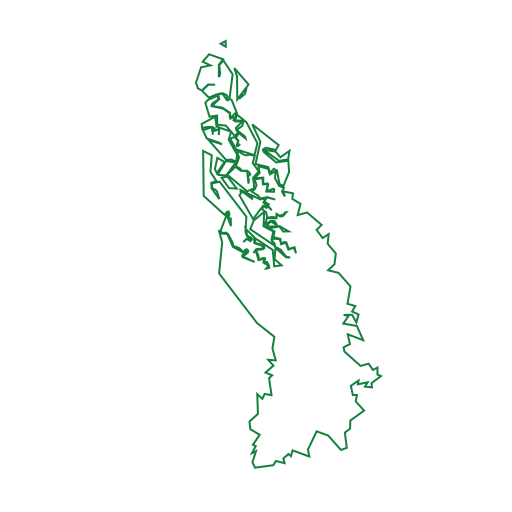 outline of Khulna, Khulna, Bangladesh, rotated 159°
{"feature_id": "16705992B21968895988188", "entity_name": "Khulna", "entity_type": "district", "adm_level": 2, "iso_a3": "BGD", "parent_name": "Bangladesh", "parent_adm1": "Khulna", "projection": "mercator", "projection_center": [89.444, 22.353], "detail": "fine", "context": "isolated", "style": "outline", "palette": "green", "viewbox_px": 512, "rotation_deg": 159, "n_neighbors": 0, "source": "geoboundaries", "source_scale": "gbopen_adm2", "svg_char_len": 6147}
<svg xmlns="http://www.w3.org/2000/svg" viewBox="0 0 512 512"><g transform="rotate(159 256 256)"><path d="M332.8,58.7L314.8,54.5L310.9,57.5L303.6,52.4L303.0,57.2L296.6,59.5L295.1,56.6L291.5,61.4L278.1,49.7L276.9,56.6L262.2,70.6L252.9,62.4L246.2,44.5L240.0,44.4L236.3,59.3L230.1,61.0L226.9,68.6L210.5,72.9L215.0,84.5L211.6,90.0L215.4,91.6L214.0,100.8L204.9,103.0L206.9,99.7L197.1,98.1L201.1,95.0L194.8,91.8L193.7,95.9L182.4,99.1L185.1,101.8L182.6,108.3L187.7,107.7L189.5,115.1L197.8,115.9L207.7,135.1L207.0,139.3L199.9,140.1L198.4,150.0L186.1,139.0L186.9,154.6L198.7,161.6L191.1,166.9L195.3,169.6L187.4,166.7L186.1,158.0L181.2,164.7L186.2,169.7L181.2,173.7L187.7,178.6L178.7,193.7L185.0,210.7L193.8,216.8L185.7,220.2L180.6,229.7L184.7,241.7L180.3,250.4L187.4,248.9L190.1,258.7L183.6,261.5L192.7,278.3L202.4,279.3L195.8,288.7L201.6,296.3L199.0,301.2L207.1,306.4L207.8,301.2L208.6,306.9L205.5,309.7L209.3,313.2L210.4,321.7L207.3,328.2L213.8,327.2L213.4,333.0L221.6,339.0L222.8,332.3L229.7,329.1L221.1,326.6L223.4,320.4L219.3,319.7L218.8,318.7L222.9,312.7L215.5,312.5L215.1,311.7L216.2,309.5L223.3,312.5L219.3,318.8L223.9,320.4L221.9,326.5L230.1,327.9L230.0,322.1L232.9,319.0L236.9,317.6L232.4,311.6L231.3,308.1L224.5,307.0L217.8,301.8L224.8,306.8L228.8,303.7L225.8,300.0L229.0,297.7L227.4,298.6L226.6,298.2L225.0,293.0L227.1,298.2L229.0,297.2L231.1,300.1L232.2,298.6L233.9,297.9L230.8,293.2L231.8,287.7L226.4,286.5L223.7,284.3L221.7,288.0L218.9,284.4L217.4,285.3L216.5,284.1L213.5,286.3L212.0,286.0L216.2,283.7L219.2,284.1L221.6,287.6L223.4,283.8L232.4,287.4L235.9,282.3L229.8,283.4L226.6,282.2L226.0,281.4L225.2,277.2L229.8,282.9L236.2,279.9L223.2,275.3L216.7,267.3L221.8,269.1L223.5,275.1L233.9,277.2L229.9,272.3L233.0,267.3L227.1,263.3L228.2,258.8L224.2,258.8L222.8,257.8L222.9,250.8L216.9,250.4L217.7,244.2L217.6,250.1L223.5,250.4L223.4,257.8L228.3,258.0L227.8,263.1L234.4,266.4L235.4,264.0L234.1,260.5L235.0,257.9L230.7,253.1L228.0,244.2L227.2,244.1L224.6,242.3L228.4,244.0L234.9,256.6L239.8,246.4L235.5,238.1L242.7,239.8L238.2,255.7L250.2,272.5L252.3,268.8L247.3,264.8L245.0,261.7L245.5,260.3L247.2,259.9L253.9,261.5L253.6,255.4L254.8,251.4L250.5,251.7L248.6,250.9L248.6,249.7L251.1,247.5L247.9,246.5L247.3,242.0L250.5,240.8L247.0,240.1L251.5,240.5L247.7,242.1L251.4,247.4L248.8,250.5L255.1,251.2L254.3,260.9L257.3,259.8L253.3,262.3L246.5,260.4L246.3,263.2L252.9,268.6L251.0,274.4L255.9,285.1L256.9,278.0L253.7,274.6L254.0,272.8L255.8,271.9L258.5,275.2L263.0,273.5L258.6,275.5L254.1,273.4L257.2,277.6L257.2,282.4L250.9,296.1L263.4,338.5L271.2,339.5L272.6,334.9L270.0,332.3L269.3,330.1L269.8,322.2L273.2,335.1L271.6,340.3L266.1,340.3L268.4,350.8L261.2,365.9L267.7,373.0L283.3,330.9L270.6,305.8L267.1,307.7L265.5,307.2L266.1,304.0L268.0,303.3L266.2,299.8L268.7,292.9L268.6,303.5L266.4,307.5L280.0,292.2L279.2,289.4L275.6,288.6L274.1,286.3L273.1,276.6L273.7,273.5L269.0,269.7L266.3,264.3L263.2,265.8L261.7,265.1L261.4,263.5L262.6,262.0L268.5,260.3L259.3,250.8L268.8,259.6L268.6,261.6L261.8,264.0L266.6,263.8L274.3,272.8L274.9,286.8L279.9,289.2L281.5,293.4L282.7,280.8L296.7,252.9L279.1,193.1L267.8,174.0L273.8,163.7L275.0,151.5L281.8,154.7L279.0,147.4L288.9,143.8L283.7,138.8L287.6,137.3L291.4,120.5L297.4,124.1L301.3,120.4L304.3,126.6L310.8,107.9L321.4,103.8L323.4,96.3L316.6,87.8L326.5,80.9L324.4,78.6L330.4,73.4L325.9,73.8L333.3,64.7L332.8,58.7ZM224.2,412.7L212.7,434.0L216.4,450.3L222.0,447.3L224.0,439.3L224.7,438.1L226.6,436.4L222.1,447.9L216.2,451.4L227.5,461.1L236.1,456.5L230.1,450.2L239.6,451.9L250.0,439.2L250.1,433.3L247.3,429.9L239.2,433.3L232.8,430.5L239.0,433.0L247.2,429.7L243.2,420.7L235.2,421.0L230.0,420.3L228.5,419.7L225.6,416.4L225.4,415.0L227.4,413.7L226.9,411.9L224.2,412.7ZM208.2,331.0L205.8,328.2L208.3,314.8L205.2,311.6L195.0,322.6L191.7,333.3L203.7,336.2L211.5,350.4L211.5,352.9L208.1,353.6L199.5,347.9L195.1,351.4L212.3,380.2L211.0,361.1L223.5,342.0L212.8,334.7L213.0,328.5L208.2,331.0ZM258.7,381.4L249.5,356.3L244.4,354.9L240.8,351.1L237.3,357.3L239.8,374.4L234.7,380.9L246.4,391.0L244.3,400.7L259.4,398.7L260.6,394.2L258.0,394.6L251.2,392.5L248.8,390.1L249.9,387.9L246.0,388.0L244.8,387.5L247.4,382.2L245.2,387.5L250.3,387.7L251.1,391.5L252.7,384.7L251.3,392.1L260.4,392.4L259.9,383.5L250.2,375.4L247.7,372.4L258.7,381.4ZM241.1,319.6L233.3,319.9L230.7,330.0L223.1,334.0L225.7,344.0L221.3,349.9L225.5,352.9L229.2,353.5L230.8,354.7L236.4,361.9L236.5,354.0L242.7,347.0L239.6,343.5L238.8,340.9L233.5,338.6L232.1,335.5L232.2,334.1L235.3,333.0L235.3,329.6L237.1,326.3L233.8,338.4L239.5,340.9L243.3,346.7L253.7,342.2L241.1,319.6ZM236.4,362.7L221.2,350.7L214.3,360.8L217.0,384.3L223.8,396.0L224.9,392.3L227.6,390.6L220.8,387.4L220.0,385.5L222.1,382.4L228.9,380.7L223.4,371.4L223.6,369.3L227.9,376.9L232.7,373.3L231.0,370.2L234.0,365.8L230.7,366.1L233.4,365.1L234.3,366.2L231.4,370.1L232.9,373.1L231.7,374.9L238.0,374.8L236.4,362.7ZM232.8,375.7L228.5,377.5L229.2,380.9L228.8,382.8L220.5,386.4L227.2,389.1L228.2,390.9L224.9,393.2L230.7,393.5L230.8,395.0L229.2,398.4L234.1,405.6L243.6,411.7L243.4,412.9L241.9,414.1L234.7,415.7L234.8,419.4L245.1,418.9L248.4,417.2L249.5,402.7L242.0,401.0L245.2,392.5L237.4,388.5L232.8,375.7ZM249.7,318.6L245.5,291.5L231.4,300.3L226.5,299.9L229.9,303.3L226.4,306.1L231.9,307.4L246.8,323.3L247.2,321.9L245.4,321.4L241.9,317.6L240.5,315.9L240.9,314.6L238.4,312.0L239.2,310.8L245.8,321.2L249.7,318.6ZM245.4,289.9L251.8,283.1L235.0,259.1L235.8,265.4L231.1,272.8L238.3,281.1L232.6,294.2L245.4,289.9ZM228.9,399.0L230.5,393.9L225.0,396.4L222.6,396.3L222.8,410.3L224.1,412.1L226.6,411.5L227.3,412.0L229.2,419.6L235.2,420.4L233.7,417.7L234.2,415.6L243.2,411.9L234.2,406.5L228.9,399.0ZM208.9,439.2L209.4,430.3L217.4,408.8L201.5,418.8L208.9,439.2ZM250.0,355.5L261.7,346.4L262.0,345.2L254.9,341.9L241.4,350.5L250.0,355.5ZM200.4,336.6L191.4,334.7L187.0,342.2L197.9,339.4L200.3,346.4L210.8,352.5L200.4,336.6ZM260.1,341.4L256.8,329.0L249.8,325.8L254.1,340.4L260.1,341.4ZM256.9,361.5L263.2,351.9L262.7,345.4L261.3,348.5L251.7,355.0L256.9,361.5ZM207.3,467.6L212.9,466.8L209.2,462.2L207.3,467.6ZM204.7,416.0L209.8,413.5L215.4,408.8L208.2,411.3L204.7,416.0Z" fill="none" stroke="#15803d" stroke-width="2"/></g></svg>